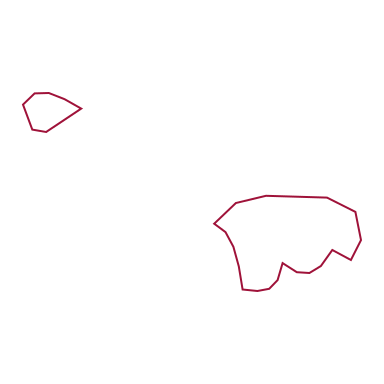 map outline of Manu's (Equal Earth projection)
{"feature_id": "ASM-4999", "entity_name": "Manu's", "entity_type": "state/province", "adm_level": 1, "iso_a3": "ASM", "parent_name": "American Samoa", "parent_adm1": "", "projection": "equal_earth", "projection_center": [-169.541, -14.22], "detail": "fine", "context": "isolated", "style": "outline", "palette": "rose", "viewbox_px": 384, "rotation_deg": 0, "n_neighbors": 0, "source": "natural_earth", "source_scale": "10m", "svg_char_len": 453}
<svg xmlns="http://www.w3.org/2000/svg" viewBox="0 0 384 384"><path d="M327.0,197.6L355.4,211.9L361.0,240.1L350.9,260.0L332.3,250.0L320.9,266.0L309.4,273.0L296.8,272.2L282.6,263.1L277.6,280.1L269.2,288.8L257.4,291.0L242.6,289.5L238.8,266.4L233.4,246.8L225.5,232.1L214.2,223.7L235.9,203.0L266.0,195.8L327.0,197.6ZM23.0,104.6L34.6,93.4L48.8,93.0L64.6,99.2L81.2,108.6L46.1,132.0L32.3,129.6L23.0,104.6Z" fill="none" stroke="#9f1239" stroke-width="2"/></svg>